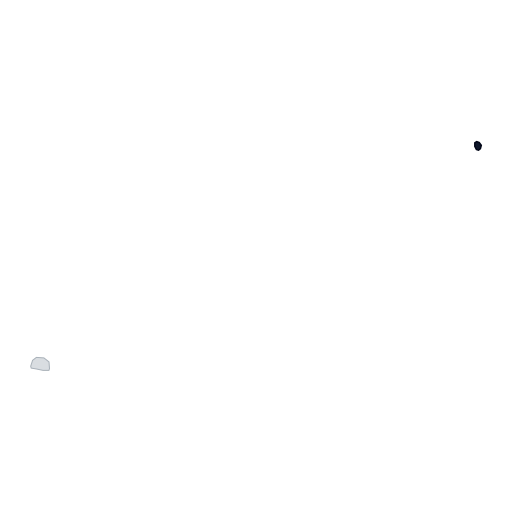 location of Mauke within Cook Islands
{"feature_id": "COK-4955", "entity_name": "Mauke", "entity_type": "state/province", "adm_level": 1, "iso_a3": "COK", "parent_name": "Cook Islands", "parent_adm1": "", "projection": "robinson", "projection_center": [-157.33, -20.158], "detail": "fine", "context": "in_parent", "style": "filled", "palette": "ink", "viewbox_px": 512, "rotation_deg": 0, "n_neighbors": 0, "source": "natural_earth", "source_scale": "10m", "svg_char_len": 423}
<svg xmlns="http://www.w3.org/2000/svg" viewBox="0 0 512 512"><path d="M48.9,370.4L43.2,370.4L36.0,368.9L31.2,368.1L30.7,366.2L32.6,360.3L36.4,357.4L43.9,357.9L49.0,361.9L49.5,368.6L48.9,370.4Z" fill="#d9dde1" stroke="#a8b0b8" stroke-width="1"/><path d="M481.3,145.3L480.4,148.7L478.5,150.2L476.4,149.5L474.8,146.4L474.8,142.8L476.7,141.6L479.2,142.5L481.3,145.3Z" fill="#0f172a" stroke="#020617" stroke-width="1.5"/></svg>